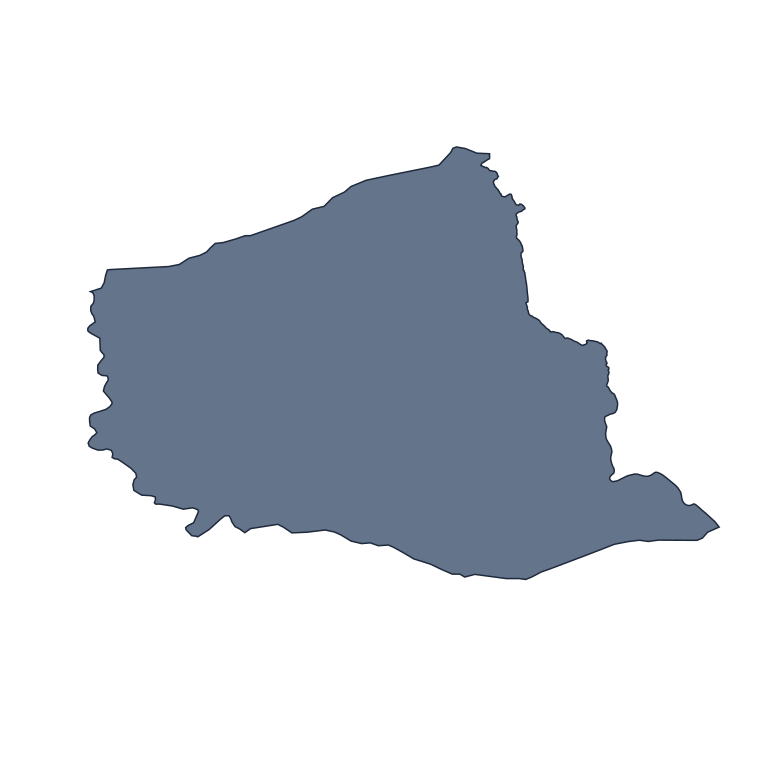 Soca, Canelones, Uruguay (Mercator projection), rotated 349°
{"feature_id": "84410073B54882123998895", "entity_name": "Soca", "entity_type": "district", "adm_level": 2, "iso_a3": "URY", "parent_name": "Uruguay", "parent_adm1": "Canelones", "projection": "mercator", "projection_center": [-55.499, -34.679], "detail": "fine", "context": "isolated", "style": "filled", "palette": "slate", "viewbox_px": 768, "rotation_deg": 349, "n_neighbors": 0, "source": "geoboundaries", "source_scale": "gbopen_adm2", "svg_char_len": 6155}
<svg xmlns="http://www.w3.org/2000/svg" viewBox="0 0 768 768"><g transform="rotate(349 384 384)"><path d="M166.3,496.2L171.1,497.8L172.0,498.5L184.6,493.5L197.7,485.5L202.6,483.0L206.6,483.7L207.8,486.5L208.4,490.4L210.5,495.5L214.6,498.7L219.0,503.4L225.5,500.5L253.0,501.5L257.9,505.3L265.2,512.6L280.2,514.8L298.4,516.1L307.0,519.8L312.6,523.7L321.7,531.9L331.6,536.4L340.1,537.3L347.7,541.7L357.5,542.9L362.2,546.1L370.8,553.3L379.9,561.4L395.2,569.7L405.6,577.4L414.8,583.7L422.2,585.1L426.4,588.9L436.8,588.2L466.8,598.3L479.6,600.8L485.8,602.9L492.4,601.6L502.6,598.5L511.0,597.3L554.6,589.8L579.5,585.3L594.0,585.3L605.0,586.1L613.4,589.0L623.5,589.6L661.4,597.2L667.2,596.0L673.5,591.2L685.7,588.4L682.7,582.5L675.1,572.2L672.6,569.2L670.0,565.7L666.9,561.9L665.5,560.9L664.7,560.9L662.6,561.5L661.5,561.6L659.7,561.4L657.8,560.5L656.0,558.7L654.8,556.1L654.5,553.3L654.7,548.5L654.5,546.6L652.6,541.9L651.0,539.3L643.3,530.0L640.9,527.2L638.4,524.9L635.8,523.1L634.1,522.5L632.6,522.7L630.3,523.8L628.0,524.6L625.4,524.9L623.2,524.5L620.6,523.5L615.3,520.7L612.5,520.2L606.5,520.5L604.1,520.9L594.9,523.5L590.8,523.6L589.5,523.3L588.4,522.3L587.8,521.4L587.6,520.6L587.5,519.5L587.8,518.7L588.8,517.7L590.5,516.4L592.4,515.5L593.1,514.3L593.6,512.6L593.5,510.3L592.9,508.8L592.4,506.0L592.1,502.4L592.6,499.0L594.8,494.1L594.9,491.3L594.5,488.1L592.0,481.5L591.7,478.6L592.1,474.8L594.5,468.5L594.0,465.7L593.6,462.0L594.1,459.3L594.4,458.7L595.5,458.0L598.3,457.4L599.9,456.8L601.2,456.7L602.5,456.8L605.3,456.1L606.3,455.1L607.6,453.6L609.0,450.0L609.5,448.1L609.7,446.5L609.5,444.6L608.3,438.5L607.8,437.6L606.0,435.9L605.3,434.7L604.5,433.1L603.6,429.9L602.5,428.9L602.3,428.2L602.5,427.2L604.1,424.8L604.9,423.0L605.2,419.0L605.5,418.1L606.0,417.7L606.8,416.2L607.1,415.2L606.7,413.3L606.8,412.9L607.5,412.4L607.8,411.0L607.6,410.5L606.1,409.2L605.7,408.5L605.6,408.1L605.9,407.0L606.1,406.6L606.7,406.6L606.9,405.6L606.3,404.2L606.2,402.1L606.8,399.6L607.7,399.1L608.5,398.0L608.5,397.2L608.3,396.4L609.2,395.1L609.2,394.1L608.6,392.2L607.9,390.9L607.9,390.1L607.8,389.9L607.4,389.6L607.0,388.6L606.2,387.7L606.0,386.9L605.0,386.1L604.9,385.9L605.0,385.4L604.7,385.3L603.7,385.5L602.7,384.2L601.6,383.4L601.2,383.3L600.1,382.7L596.3,381.1L594.6,380.8L593.3,380.0L592.8,379.9L591.3,380.2L591.1,380.5L590.9,380.9L591.1,381.4L591.0,381.8L591.3,382.3L590.9,382.8L590.1,383.3L589.0,383.6L587.2,383.8L586.6,384.1L586.2,384.0L584.0,382.3L582.8,381.1L582.1,380.2L578.5,377.9L576.0,375.7L575.0,375.3L573.9,374.4L572.4,373.7L571.2,374.0L570.5,373.8L569.8,372.8L568.1,369.6L567.7,369.1L565.9,367.6L564.8,366.9L562.2,366.0L560.5,365.1L559.3,364.7L558.4,364.9L557.8,364.5L557.2,364.5L556.9,364.2L556.8,363.0L553.9,360.0L552.6,357.8L549.8,354.1L549.1,352.3L548.4,351.1L547.3,349.9L545.1,348.1L543.5,347.1L542.2,345.5L541.1,345.1L539.9,343.6L539.5,342.4L539.4,339.5L539.0,337.8L539.1,336.8L539.5,335.7L539.0,334.5L539.1,333.6L538.7,331.6L538.9,331.2L539.4,331.0L540.3,331.0L541.0,330.7L541.2,330.3L541.2,329.7L541.6,328.2L542.0,323.8L542.0,322.8L542.3,320.5L542.9,314.0L543.1,307.5L543.3,305.1L543.1,303.6L543.3,303.3L543.5,302.1L543.1,300.5L543.1,299.3L542.9,298.9L542.4,298.5L543.2,295.2L542.9,290.9L543.3,288.7L543.1,287.8L543.2,287.0L542.8,285.7L542.9,285.2L543.4,282.0L543.8,281.4L545.2,280.7L545.8,280.0L545.9,279.3L546.0,277.2L546.0,274.9L545.3,272.7L545.1,271.3L544.8,270.9L544.7,270.2L543.6,268.2L542.8,267.2L542.2,266.6L542.0,265.9L542.1,264.7L542.3,264.0L542.8,263.5L543.1,262.1L543.4,261.5L543.2,261.0L543.3,260.1L543.8,258.3L543.7,256.6L543.8,256.1L543.7,254.5L544.0,253.9L545.2,252.5L546.2,251.7L546.6,250.6L546.6,249.9L546.1,248.9L546.1,246.7L546.3,245.5L545.8,244.0L546.1,242.8L546.2,242.5L547.4,241.6L549.7,240.8L551.5,240.8L552.4,240.5L553.4,239.7L555.2,239.2L555.8,238.8L555.9,238.1L555.1,236.2L553.6,234.2L553.2,233.9L551.9,233.3L551.5,233.3L550.6,234.1L549.9,234.1L548.5,233.5L547.8,233.0L546.5,229.1L545.3,226.6L545.5,226.1L545.3,225.2L545.4,224.1L545.2,223.5L545.3,222.9L545.0,222.1L544.3,221.7L543.6,221.6L541.6,222.2L539.6,223.1L538.4,223.3L537.5,223.1L535.7,222.2L535.3,221.7L535.0,221.2L535.2,220.2L535.1,219.9L534.0,218.3L533.9,217.2L533.5,216.6L533.0,215.5L533.0,214.9L532.5,214.4L530.5,210.9L530.4,210.5L530.4,209.5L529.9,208.5L530.0,206.4L530.7,205.4L531.8,204.4L533.8,204.2L534.4,203.8L534.6,203.3L535.3,202.7L535.4,202.1L535.9,201.9L535.4,200.9L535.2,200.1L535.4,199.3L535.3,198.8L534.4,197.2L533.4,196.3L531.8,196.1L530.5,195.3L529.3,195.1L528.1,194.1L527.4,192.4L526.0,191.0L524.8,190.9L523.8,190.0L523.0,189.7L522.4,189.1L521.5,188.4L521.0,188.3L520.9,188.1L521.0,187.6L522.6,185.6L523.8,185.6L524.0,185.4L527.2,184.1L528.5,183.5L530.6,183.0L530.7,182.2L531.3,180.3L531.0,179.7L531.4,178.9L531.6,178.1L519.1,175.1L508.8,168.4L500.3,165.1L496.6,165.8L493.5,169.6L479.7,179.6L471.6,179.9L429.9,180.2L405.5,180.6L389.4,183.8L381.7,188.1L369.1,191.3L359.1,198.2L347.0,198.7L335.2,204.1L327.1,206.2L281.4,212.9L275.8,211.9L266.5,213.3L253.2,214.5L245.1,213.8L239.9,217.0L235.0,220.6L227.8,222.6L216.5,223.3L205.9,227.6L195.0,227.6L136.2,219.3L134.2,219.3L131.5,224.2L128.7,231.1L124.8,235.9L113.5,237.3L115.6,238.8L116.3,242.1L115.5,246.3L114.1,249.3L111.1,251.7L110.1,256.0L110.7,259.4L112.0,262.1L112.4,267.9L106.3,270.7L103.9,272.8L103.4,275.2L104.6,277.0L107.0,279.2L113.8,284.8L111.9,296.7L112.8,298.7L114.8,302.0L114.1,304.5L111.0,306.9L106.7,310.8L105.8,314.6L105.4,318.6L108.6,321.7L113.7,323.2L114.4,325.3L113.8,327.9L111.9,329.7L109.2,333.0L107.2,337.4L111.8,345.6L113.6,350.0L112.9,351.8L110.5,353.9L106.3,355.8L100.4,356.6L94.2,357.2L90.3,358.4L88.6,360.6L87.9,364.3L87.6,369.2L91.4,372.9L92.8,377.0L91.0,378.4L87.5,380.0L84.5,382.8L82.3,385.5L82.8,388.9L85.6,391.4L90.6,394.3L95.4,395.2L99.4,394.8L103.7,397.1L104.5,400.7L103.1,404.2L105.2,406.0L108.3,407.0L112.7,411.3L119.4,418.3L123.3,424.2L123.4,428.2L120.5,430.3L118.3,434.8L118.1,440.6L124.8,446.8L134.0,449.2L137.9,451.2L137.5,454.3L135.9,456.8L136.9,458.3L140.9,459.1L153.0,463.4L163.1,468.6L172.4,469.0L177.1,471.7L177.5,473.9L170.7,483.8L164.8,485.5L161.9,487.1L161.9,489.3L166.3,496.2Z" fill="#64748b" stroke="#1e293b" stroke-width="1.5"/></g></svg>